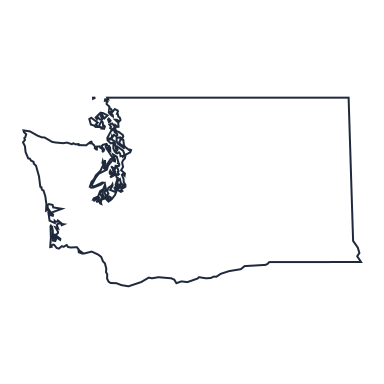 the border of Washington
{"feature_id": "USA-3519", "entity_name": "Washington", "entity_type": "State", "adm_level": 1, "iso_a3": "USA", "parent_name": "United States of America", "parent_adm1": "", "projection": "equal_earth", "projection_center": [-122.689, 47.279], "detail": "fine", "context": "isolated", "style": "outline", "palette": "slate", "viewbox_px": 384, "rotation_deg": 0, "n_neighbors": 0, "source": "natural_earth", "source_scale": "10m", "svg_char_len": 5939}
<svg xmlns="http://www.w3.org/2000/svg" viewBox="0 0 384 384"><path d="M107.3,97.7L348.6,97.7L353.1,240.9L357.8,247.6L359.4,253.0L357.2,256.2L361.0,262.0L269.2,262.1L267.4,264.0L265.4,264.9L244.6,266.1L240.8,269.2L229.1,271.1L220.8,273.8L216.4,276.7L213.8,276.6L210.7,278.0L206.0,278.3L199.0,277.2L197.4,278.6L187.4,282.1L181.4,281.4L176.4,283.2L174.3,279.7L171.3,278.3L158.4,277.2L152.0,278.3L148.8,277.6L141.1,282.1L128.5,286.3L121.4,285.1L116.4,283.2L110.7,283.0L108.6,281.7L107.1,278.7L107.2,274.2L106.0,272.1L106.3,268.7L104.9,263.3L103.0,261.4L101.2,256.9L98.0,254.5L91.7,251.6L83.7,253.6L79.6,250.7L76.9,247.2L70.6,247.5L68.0,247.0L66.7,245.0L63.6,246.8L61.8,246.2L58.9,248.6L56.7,248.0L54.1,244.8L53.1,244.6L51.4,245.5L51.7,246.8L50.2,247.1L50.9,237.5L50.5,226.3L50.9,225.6L52.1,226.9L52.8,230.4L52.9,240.6L55.3,241.0L56.7,237.5L60.1,239.9L60.4,238.9L56.3,235.7L56.3,234.5L58.0,233.0L58.0,231.7L55.5,227.4L58.1,228.5L56.9,225.4L57.4,224.1L58.9,223.5L61.1,223.5L61.7,225.2L63.8,224.3L62.4,224.1L57.9,220.5L57.4,221.6L55.7,221.7L54.7,220.8L54.8,223.0L49.6,220.7L48.3,212.1L48.9,211.3L49.8,212.0L49.5,213.2L50.6,215.2L52.8,215.8L53.1,214.7L52.3,213.7L51.2,214.1L51.7,212.5L61.8,208.8L53.2,207.4L52.6,204.9L48.8,204.1L47.4,205.2L47.9,208.3L49.2,210.2L47.8,209.6L46.1,210.6L46.4,204.2L45.3,196.2L43.5,190.5L42.1,189.8L41.1,187.3L42.3,187.6L40.3,186.8L39.0,176.4L36.0,165.7L33.8,163.7L33.5,161.8L31.0,160.6L29.9,158.7L28.2,158.4L25.6,152.1L24.9,146.1L23.0,142.3L25.0,139.9L24.3,138.2L25.3,137.2L26.2,134.2L23.9,132.1L23.5,130.4L30.0,131.4L37.4,135.6L41.7,137.3L44.6,137.5L52.1,141.9L55.5,142.5L63.2,143.2L67.0,142.6L71.9,144.2L73.3,143.3L75.3,144.3L79.5,144.0L77.5,144.4L78.8,145.1L86.2,145.3L90.4,141.9L92.2,141.5L89.9,143.3L92.0,143.4L94.1,145.2L95.0,146.9L94.8,148.3L96.4,149.5L96.9,149.5L96.8,146.6L99.8,146.4L100.2,147.7L101.5,148.2L102.8,150.0L103.0,151.0L102.1,151.9L103.5,151.3L104.2,149.6L102.0,147.2L101.9,145.8L102.9,144.8L106.5,143.9L107.4,145.2L105.9,146.0L105.6,147.0L112.9,158.3L110.5,159.1L107.4,163.9L106.0,168.4L105.2,169.1L104.0,168.3L105.2,163.7L105.0,160.1L104.3,162.9L103.6,163.5L102.8,161.1L102.4,162.9L103.6,165.4L102.6,166.2L100.5,170.7L95.8,175.4L93.9,179.3L91.6,181.7L89.8,186.8L91.1,187.7L93.5,187.5L100.7,184.7L103.5,182.7L102.3,182.5L94.4,186.3L92.7,186.2L91.8,184.9L95.7,177.7L98.9,173.6L106.8,169.7L108.1,165.6L112.8,159.9L113.9,159.9L114.1,161.2L115.0,161.4L115.0,159.4L113.2,154.5L116.8,156.7L118.4,162.3L117.9,163.1L119.1,163.8L119.4,164.9L118.8,166.0L115.6,165.8L115.3,167.3L113.9,168.4L111.2,166.3L112.6,168.4L114.1,174.4L113.0,174.9L110.3,170.6L109.6,172.2L109.9,173.7L112.1,174.7L110.3,177.4L115.8,174.4L116.6,177.4L117.7,177.8L115.6,184.9L116.4,186.1L114.4,188.0L115.5,189.9L115.1,191.9L110.1,189.9L112.6,185.6L112.4,184.2L111.5,185.7L108.4,187.8L107.2,191.0L108.4,193.7L107.3,194.8L107.7,195.9L106.4,196.9L104.6,192.7L104.6,191.4L105.4,191.0L105.9,189.1L105.0,184.6L103.3,189.1L100.1,191.2L98.1,196.5L93.7,198.4L93.3,199.3L95.7,198.5L95.9,199.3L93.3,201.2L99.6,196.9L97.5,200.9L96.2,201.9L98.2,201.5L99.4,199.3L99.4,201.6L100.1,203.4L101.2,203.9L100.6,201.9L101.1,201.4L100.9,199.3L103.0,197.4L102.7,199.3L103.9,198.9L104.5,197.4L108.5,201.6L111.5,199.4L115.0,195.0L116.5,191.1L116.4,189.1L120.9,191.9L122.3,191.0L121.2,190.1L121.4,189.1L125.4,186.8L125.5,184.9L123.7,182.1L123.6,179.1L121.9,174.8L123.2,173.7L124.6,175.5L124.9,173.5L121.1,170.2L123.1,166.9L122.1,162.6L123.0,160.4L124.8,158.5L125.7,154.7L130.2,152.3L131.1,150.1L129.9,149.5L129.2,150.1L124.8,146.7L123.9,144.9L123.3,139.9L120.4,138.9L120.3,140.5L119.3,141.9L119.8,143.7L122.9,146.0L124.5,148.6L117.6,143.5L116.6,140.9L116.6,138.0L120.3,137.3L122.2,138.7L123.3,136.3L122.8,135.0L118.9,132.0L116.6,131.2L115.1,129.2L115.5,127.9L114.4,127.7L111.8,129.6L110.2,128.1L111.1,126.8L109.4,124.5L112.3,123.5L114.6,126.6L115.1,124.9L117.4,126.9L118.5,126.8L118.2,122.7L115.1,119.7L116.9,119.8L119.3,121.4L120.5,120.0L119.8,117.6L118.3,116.6L117.9,114.3L116.9,113.9L118.0,111.4L117.6,110.5L114.8,109.1L112.1,112.3L110.9,111.8L111.6,110.1L111.3,109.3L109.7,108.0L109.3,108.7L109.3,106.6L106.6,104.1L106.6,102.8L107.6,101.7L107.0,100.7L104.9,100.8L105.2,99.3L108.2,99.5L107.3,97.7ZM123.1,150.7L124.5,154.3L122.8,156.8L122.3,156.0L120.5,156.2L120.2,153.8L119.0,152.3L117.3,153.4L116.3,153.1L114.6,151.3L113.3,148.3L113.4,143.2L112.8,142.7L110.8,143.4L107.6,140.3L107.3,137.9L111.3,130.6L113.9,129.7L114.7,132.1L117.3,134.0L117.2,135.5L116.0,136.2L114.0,134.8L112.6,137.0L112.0,135.9L111.6,137.9L108.5,138.8L109.1,139.5L111.5,139.3L114.6,141.3L116.5,151.2L117.6,149.6L117.0,148.5L117.4,146.6L123.1,150.7ZM95.9,124.4L98.3,127.0L95.5,126.9L94.0,125.5L90.9,124.6L89.3,119.0L91.3,117.8L97.7,122.6L95.9,124.4ZM107.6,115.4L104.4,118.4L101.2,113.5L100.6,115.8L102.6,118.8L102.1,119.3L99.6,119.3L97.6,116.8L96.9,119.1L95.7,117.5L100.3,112.9L102.8,113.0L107.6,115.4ZM120.8,183.0L123.7,185.4L119.4,188.0L119.2,186.5L120.6,184.8L119.6,184.6L119.9,184.9L118.5,185.9L118.2,188.0L116.9,187.4L117.6,181.4L119.3,179.2L119.9,178.9L120.8,183.0ZM102.7,122.2L103.2,126.4L104.4,125.8L104.9,126.6L104.1,128.8L101.4,128.5L101.7,127.5L99.4,126.6L99.5,124.7L101.6,120.9L102.7,122.2ZM117.6,172.0L118.9,174.2L118.1,175.0L114.7,173.4L115.1,171.8L114.6,170.0L115.6,167.2L117.6,168.2L118.5,171.2L117.6,172.0ZM102.3,191.7L103.1,195.8L102.1,197.2L100.0,193.4L100.7,191.2L103.2,190.1L102.3,191.7ZM108.3,146.3L109.1,146.0L110.1,147.6L110.3,151.2L109.5,151.1L108.2,149.3L107.8,147.1L108.8,148.9L109.4,148.9L108.3,146.3ZM109.3,196.5L110.7,197.4L110.5,198.8L109.5,199.7L107.5,198.0L109.3,196.5ZM112.8,115.2L112.9,116.4L111.4,115.4L108.8,112.7L108.9,111.4L112.8,115.2ZM108.8,118.6L110.6,120.6L110.0,121.8L108.9,122.1L108.0,119.4L108.8,118.6ZM54.7,234.6L55.8,236.2L55.9,238.8L55.0,239.4L54.6,237.5L53.6,236.8L54.0,234.8L54.7,234.6ZM78.6,250.6L79.1,250.8L82.9,253.8L78.8,252.3L78.6,250.6ZM93.0,97.7L95.3,97.7L93.1,98.8L93.0,97.7Z" fill="none" stroke="#1e293b" stroke-width="2"/></svg>